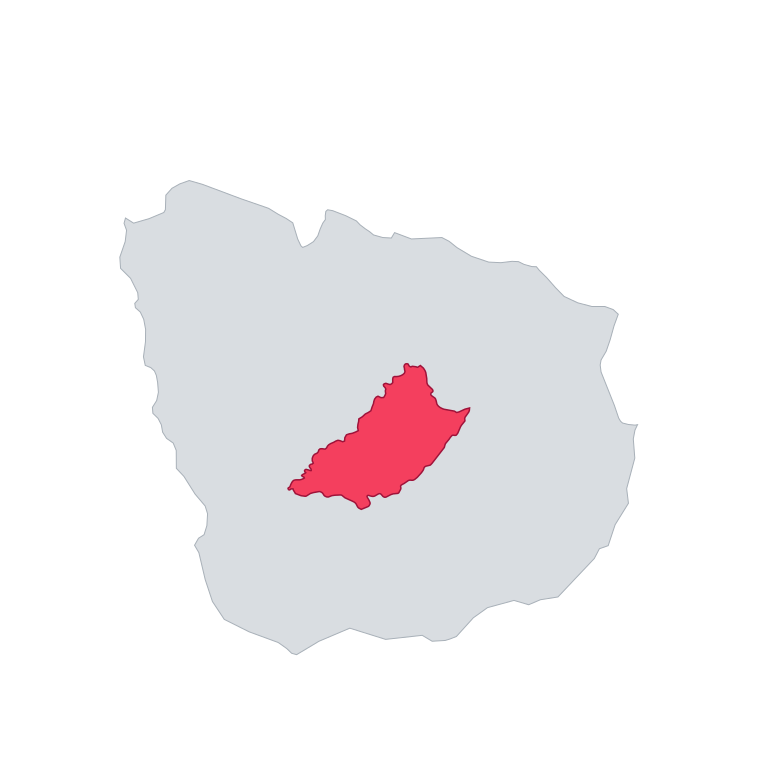 location of Durazno within Uruguay, rotated 337°
{"feature_id": "URY-13", "entity_name": "Durazno", "entity_type": "Department", "adm_level": 1, "iso_a3": "URY", "parent_name": "Uruguay", "parent_adm1": "", "projection": "albers", "projection_center": [-56.089, -32.962], "detail": "fine", "context": "in_parent", "style": "filled", "palette": "rose", "viewbox_px": 768, "rotation_deg": 337, "n_neighbors": 0, "source": "natural_earth", "source_scale": "10m", "svg_char_len": 5561}
<svg xmlns="http://www.w3.org/2000/svg" viewBox="0 0 768 768"><g transform="rotate(337 384 384)"><path d="M601.5,520.5L597.0,524.5L592.0,532.0L585.9,550.2L566.5,575.1L562.4,589.3L541.8,603.8L527.2,620.4L517.9,619.8L509.4,626.8L460.9,648.0L443.7,643.7L430.9,643.7L419.1,634.0L391.9,630.3L374.9,634.1L352.0,644.7L345.1,644.5L340.2,644.0L327.8,639.6L321.0,630.3L285.7,619.7L257.1,595.4L223.5,595.4L197.8,599.0L193.8,595.8L191.1,589.5L185.6,580.6L163.0,559.4L145.0,538.3L141.1,517.2L143.0,494.2L147.7,466.9L146.6,458.4L153.0,453.5L159.5,452.4L165.6,445.2L170.9,434.5L171.7,426.4L167.1,411.6L163.7,390.8L159.9,380.5L166.8,364.0L166.9,356.0L162.6,349.1L161.4,341.9L163.1,334.5L162.6,327.4L159.8,320.7L161.7,315.0L168.3,310.4L173.1,303.5L176.2,294.2L177.8,287.2L177.8,282.3L175.7,277.8L171.5,273.6L173.2,265.0L180.9,252.0L185.9,240.6L188.1,230.6L187.8,222.6L185.0,216.6L186.1,212.4L190.9,210.1L193.0,203.7L192.0,187.7L186.7,174.6L190.4,164.0L201.4,151.8L207.1,141.9L207.5,134.5L210.9,130.2L216.4,138.1L232.3,140.0L248.3,140.1L250.9,138.1L257.0,124.9L265.3,121.0L274.3,120.0L284.2,120.6L294.8,129.2L324.6,157.5L346.4,177.2L353.0,186.5L358.7,193.5L363.0,200.0L361.2,216.9L361.5,224.3L362.5,226.5L367.4,226.6L374.7,225.4L380.9,221.8L385.8,216.4L390.5,212.0L394.3,209.7L395.7,206.1L397.9,202.4L400.2,201.6L404.5,204.4L414.5,214.1L422.3,223.1L424.2,228.2L427.2,233.5L430.3,238.2L432.6,242.7L440.1,248.7L447.8,252.5L452.9,248.8L465.9,261.2L494.5,271.8L499.7,278.1L504.5,287.0L514.3,300.5L528.0,312.7L539.0,318.0L549.7,321.1L555.6,323.9L559.6,328.6L566.0,333.7L570.1,335.6L571.4,340.1L575.4,349.9L579.5,362.3L584.0,373.8L594.1,385.0L605.5,393.8L617.5,398.9L624.1,405.1L626.9,411.3L618.5,420.3L609.4,431.7L601.4,440.6L593.2,446.7L590.4,451.0L588.5,457.8L587.7,493.8L586.7,507.1L587.2,510.7L588.3,513.1L593.2,516.8L599.1,520.0L601.5,520.5Z" fill="#d9dde1" stroke="#a8b0b8" stroke-width="1"/><path d="M411.5,373.9L413.1,374.3L414.0,375.1L414.1,376.8L414.3,377.4L414.6,378.0L415.3,378.7L415.9,378.8L416.4,378.7L417.1,378.8L420.3,380.7L420.7,381.2L421.1,381.6L421.8,381.7L424.7,381.2L426.5,384.8L426.9,387.2L427.0,388.5L426.9,389.9L425.5,395.6L424.2,399.0L423.9,400.2L423.9,401.6L424.0,402.2L426.4,407.8L426.5,408.4L426.5,409.0L426.3,409.6L426.0,410.0L425.5,410.3L424.3,410.5L423.8,410.7L423.4,411.1L423.1,411.6L422.9,412.1L423.1,412.9L423.5,413.8L425.0,416.2L425.4,416.9L425.5,417.5L425.6,418.1L425.4,420.2L424.9,422.8L424.9,423.4L425.1,424.6L425.5,425.8L426.5,427.6L428.2,429.6L429.4,430.7L438.1,436.4L438.3,436.6L439.4,438.2L439.7,438.6L440.7,438.8L442.1,439.0L448.7,438.8L453.4,439.5L452.5,441.2L452.3,441.6L451.6,442.4L450.8,443.1L445.6,446.3L444.8,447.3L444.1,449.6L439.4,452.1L437.8,453.2L432.8,458.0L431.5,458.8L430.5,459.3L429.9,459.2L429.3,459.1L427.8,458.2L427.2,458.0L426.4,458.0L424.3,459.0L422.3,460.3L417.3,462.9L416.5,463.7L414.7,466.0L397.2,475.8L395.1,476.7L394.4,476.7L391.0,476.1L390.2,476.0L389.1,476.2L388.5,476.5L388.0,476.9L387.7,477.3L387.1,478.0L386.2,478.8L383.8,480.3L378.2,482.9L375.2,483.8L374.5,483.9L373.2,483.9L372.5,483.7L372.0,483.5L370.5,482.7L369.9,482.5L369.2,482.4L368.6,482.4L363.8,483.4L360.7,483.7L359.9,484.0L359.4,484.4L359.2,485.0L358.9,486.3L358.6,486.9L358.1,487.5L356.2,489.0L355.3,489.8L354.7,490.0L354.0,490.1L349.5,488.7L347.0,488.5L341.8,488.9L341.2,488.8L340.6,488.6L340.1,488.3L339.7,487.9L339.4,487.5L339.1,487.0L338.4,484.8L338.2,484.3L337.9,483.8L337.6,483.5L337.1,483.2L336.5,483.0L335.8,483.0L331.6,483.5L330.9,483.4L330.3,483.3L329.2,482.8L327.9,481.9L327.4,481.5L326.6,480.7L326.1,480.4L325.2,480.2L324.7,480.5L324.4,481.0L324.4,481.6L324.4,482.3L324.8,484.9L324.8,487.6L324.6,488.4L324.1,489.1L322.9,490.1L322.1,490.5L321.3,490.6L314.1,490.5L312.4,488.5L311.8,487.2L311.7,486.6L311.5,483.9L311.4,483.3L311.1,482.3L310.8,481.7L310.3,480.9L309.7,480.2L309.3,479.7L303.6,473.5L301.8,470.1L301.5,469.7L300.5,469.1L295.4,467.2L292.4,466.4L288.8,466.3L288.0,466.0L287.2,465.6L286.1,464.5L285.6,463.8L285.3,463.1L285.0,461.2L284.7,460.1L284.1,459.2L283.4,458.4L283.0,458.0L282.0,457.6L276.7,456.4L273.6,456.0L268.7,456.8L267.7,456.6L264.0,454.4L259.6,450.2L259.6,449.5L259.1,446.3L259.3,445.0L257.3,444.2L256.4,444.6L255.4,444.5L254.8,443.9L254.8,442.7L255.3,442.2L256.9,442.0L257.6,441.5L258.8,440.2L260.3,438.9L261.9,437.8L263.5,437.4L265.2,437.7L269.0,439.3L270.8,439.6L272.8,439.6L274.0,439.4L274.0,438.6L272.6,437.0L272.5,435.9L274.0,435.5L276.0,435.4L277.3,435.1L277.2,434.6L276.8,433.8L276.9,432.8L277.9,432.1L278.9,432.1L279.6,432.6L280.3,433.2L280.8,433.5L282.3,434.9L283.2,435.2L283.6,433.9L283.1,431.9L283.0,430.8L283.5,429.8L285.1,429.3L286.8,429.6L288.0,429.2L288.0,427.5L287.9,426.8L288.9,424.4L289.7,423.5L291.0,422.3L292.6,421.6L295.3,421.5L297.1,420.7L298.1,419.3L299.8,418.7L301.6,419.3L304.3,420.9L306.0,420.5L307.7,419.1L309.2,418.4L311.5,418.0L313.3,418.0L314.9,418.0L317.2,417.7L319.6,417.8L321.4,419.0L323.4,421.0L325.4,421.1L326.4,419.2L327.0,418.1L329.6,416.1L332.5,416.3L335.6,417.0L339.1,417.1L342.1,416.9L342.7,413.7L344.3,410.9L346.0,408.6L347.2,406.3L351.2,405.7L355.1,404.3L358.3,404.1L361.5,403.5L364.0,400.6L366.6,398.0L367.9,396.0L369.5,394.2L371.7,393.0L373.7,392.9L375.9,395.4L378.4,396.3L380.4,394.9L381.8,393.5L382.3,391.6L382.8,390.4L383.7,389.4L383.6,387.8L382.9,385.8L383.1,384.5L384.2,383.9L386.0,384.1L387.9,385.8L389.4,386.9L391.1,386.8L392.6,386.1L393.9,382.9L395.0,381.4L396.5,381.2L398.5,382.1L400.6,382.7L402.9,382.9L405.0,382.7L406.9,382.1L408.2,380.7L408.5,378.9L409.0,377.3L409.2,375.8L410.1,374.6L411.5,373.9Z" fill="#f43f5e" stroke="#9f1239" stroke-width="1.5"/></g></svg>